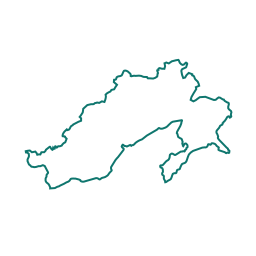 the State of Arunachal Pradesh, rotated 351°
{"feature_id": "IND-3299", "entity_name": "Arunachal Pradesh", "entity_type": "State", "adm_level": 1, "iso_a3": "IND", "parent_name": "India", "parent_adm1": "", "projection": "natural_earth1", "projection_center": [94.95, 28.008], "detail": "fine", "context": "isolated", "style": "outline", "palette": "teal", "viewbox_px": 256, "rotation_deg": 351, "n_neighbors": 0, "source": "natural_earth", "source_scale": "10m", "svg_char_len": 5885}
<svg xmlns="http://www.w3.org/2000/svg" viewBox="0 0 256 256"><g transform="rotate(351 128 128)"><path d="M194.0,85.0L196.6,83.1L199.8,84.9L199.6,85.5L199.6,86.0L199.9,86.3L200.5,86.4L201.1,87.0L201.4,87.8L201.8,89.7L202.2,90.6L204.1,93.1L204.7,95.3L204.9,97.4L201.4,98.3L201.5,100.2L198.2,104.0L195.5,107.4L194.3,110.0L196.8,111.9L199.3,111.1L201.3,110.0L203.7,108.8L209.3,109.3L217.1,113.7L218.3,113.9L219.4,113.7L220.7,112.8L222.3,112.0L223.6,112.4L226.1,114.6L227.1,114.9L227.5,116.0L227.8,116.4L229.8,118.1L231.2,118.9L231.4,120.1L230.3,122.7L230.1,124.2L230.6,125.3L232.4,127.4L232.6,128.6L231.8,130.5L231.7,131.2L231.8,132.7L231.6,133.0L231.0,133.4L230.2,133.7L230.0,133.4L230.0,132.8L229.6,132.3L229.0,132.2L228.3,132.4L227.6,132.8L226.2,134.6L224.4,136.4L223.4,136.9L223.1,137.5L222.9,137.7L222.2,138.0L221.8,139.3L221.7,139.4L219.8,140.0L219.3,140.3L218.1,142.0L215.4,144.3L214.9,145.0L214.7,145.9L214.7,146.8L215.2,147.9L215.6,149.9L215.7,150.5L215.2,151.8L215.4,152.6L216.3,154.2L222.2,162.6L223.4,164.0L223.5,165.2L224.4,166.0L224.6,166.5L224.1,168.2L223.6,168.4L222.5,167.8L221.1,168.2L220.7,168.0L219.8,167.0L214.9,164.5L214.0,163.8L214.0,163.1L214.6,161.5L214.4,161.2L213.3,160.1L212.8,159.6L212.1,158.2L211.6,157.6L211.0,157.1L209.7,156.5L209.0,156.3L208.4,156.2L208.0,156.4L207.4,157.1L207.0,157.4L206.6,157.4L205.7,156.8L204.8,156.6L204.4,157.0L204.1,157.7L203.3,158.7L202.8,159.0L202.0,159.3L201.3,159.3L200.7,159.1L198.3,159.0L188.7,160.8L186.2,162.0L184.0,163.7L182.7,165.8L181.3,168.5L180.6,169.8L179.6,170.9L178.6,171.4L176.5,171.8L175.5,172.2L174.0,174.3L172.7,176.6L172.2,176.8L170.6,177.0L170.0,177.2L169.6,177.8L168.8,179.7L168.2,180.1L166.6,179.9L165.1,180.3L164.2,181.8L163.3,183.6L162.3,185.1L161.6,185.5L158.8,186.5L157.5,187.2L156.8,187.4L156.3,187.4L156.3,186.0L155.6,184.1L155.5,183.3L155.9,181.2L155.8,180.9L155.6,180.5L154.9,179.9L154.6,179.5L154.5,178.9L154.6,178.2L154.7,177.9L155.4,177.2L155.7,176.5L155.9,174.4L155.6,173.2L155.0,172.6L154.3,172.2L153.9,171.9L153.8,170.6L154.1,170.2L154.6,170.0L156.0,170.2L156.8,169.9L160.3,167.0L161.4,166.4L162.7,165.9L163.6,165.1L164.1,164.3L164.5,163.5L164.9,162.0L165.2,161.1L165.9,160.6L166.7,160.2L167.1,160.1L167.6,160.2L168.2,160.5L169.9,161.9L170.7,162.0L176.3,159.6L178.0,159.7L178.9,159.5L180.1,160.0L180.5,159.7L180.9,158.7L182.1,158.2L182.5,157.0L183.7,156.3L183.9,155.9L184.0,154.4L183.9,154.0L183.0,152.6L182.7,152.4L182.1,152.3L181.4,152.5L181.1,152.8L180.0,154.3L179.7,154.6L179.4,154.1L179.6,152.9L179.4,152.5L179.2,152.3L179.2,151.8L179.8,150.3L179.4,147.7L179.2,147.2L178.9,146.9L177.7,146.1L177.3,145.6L176.4,145.0L176.2,144.6L176.1,144.2L175.9,141.7L175.4,140.7L175.8,139.6L176.8,138.2L179.9,134.3L181.3,131.9L181.7,130.6L182.5,129.2L182.5,128.9L182.2,128.7L173.3,128.8L171.7,129.3L168.6,131.4L167.0,132.6L165.2,133.4L162.1,134.0L160.6,133.9L159.7,133.6L158.7,132.9L158.4,132.9L158.0,133.1L156.3,134.2L145.5,138.4L140.1,141.4L137.4,142.0L135.2,142.8L133.2,143.8L131.4,145.2L130.3,145.7L129.3,145.6L128.4,146.1L127.5,145.1L124.0,146.1L123.0,145.5L121.7,145.2L121.4,145.0L120.9,144.1L120.3,143.7L120.1,143.7L119.2,144.7L118.9,145.3L119.1,146.0L119.5,146.6L120.3,147.4L120.5,148.1L120.0,149.1L113.6,155.2L112.3,156.2L110.6,157.7L105.7,163.4L105.2,164.0L105.0,164.7L104.9,165.9L105.3,167.1L105.2,167.4L104.9,167.8L103.9,168.5L102.5,169.6L101.0,171.2L100.2,171.8L97.9,172.8L96.8,173.0L94.8,173.2L94.0,173.4L92.4,174.3L91.7,174.3L90.2,173.0L89.5,172.7L88.6,172.5L75.8,174.1L74.6,173.9L73.7,173.5L73.0,173.0L72.8,172.6L72.7,172.0L71.5,171.2L68.3,169.8L65.7,169.3L64.1,169.2L63.4,169.4L62.1,170.8L61.5,171.2L60.8,171.6L58.6,172.1L56.0,173.1L52.1,174.2L50.7,174.8L48.9,175.0L46.4,175.9L41.7,175.5L41.9,174.8L41.3,172.3L40.7,170.9L38.9,168.9L38.4,167.5L38.4,166.7L38.7,165.1L39.0,164.5L39.9,163.3L40.2,161.7L40.7,161.1L41.9,160.0L42.1,159.3L39.8,152.5L38.1,151.4L35.4,152.0L33.8,151.7L31.0,152.1L29.1,152.0L28.3,151.6L26.6,151.1L26.0,150.4L25.7,149.7L24.7,148.8L24.4,148.2L23.6,145.0L23.9,143.3L25.6,140.8L25.9,139.4L25.9,137.9L24.8,136.6L23.4,136.2L23.4,134.9L25.7,134.8L27.5,134.9L29.3,136.9L32.8,136.8L33.9,138.7L34.2,140.2L35.8,140.1L37.3,140.4L38.7,138.4L41.4,138.8L42.9,137.7L43.6,136.6L47.7,134.3L48.1,134.4L49.0,136.6L49.5,137.4L50.0,137.7L50.5,136.9L51.0,135.7L51.4,136.4L51.7,137.0L52.4,136.9L52.8,135.3L53.3,134.7L53.7,134.8L54.2,135.8L54.5,136.2L54.9,136.1L56.2,135.1L57.8,135.4L59.8,135.0L60.5,134.1L62.1,132.9L63.8,132.3L65.7,129.0L64.5,127.3L64.5,126.7L64.0,126.3L62.8,126.1L62.2,125.9L62.2,125.2L62.8,123.8L63.7,122.6L64.7,121.6L67.3,119.8L67.7,120.6L68.8,120.5L69.3,120.4L69.9,120.0L70.4,119.4L71.8,117.5L72.5,117.1L73.8,116.6L74.4,116.0L80.0,114.1L82.8,113.5L83.2,111.1L82.0,109.5L83.2,108.4L85.7,105.6L86.2,104.1L86.8,102.0L91.4,99.0L95.2,98.7L97.2,99.0L97.9,99.0L99.3,98.2L100.8,98.2L101.4,98.0L103.5,98.7L106.4,97.6L108.8,98.6L110.0,96.5L110.7,94.8L111.1,93.4L111.1,91.5L111.8,91.1L112.4,90.6L114.3,89.8L116.3,89.2L117.6,87.8L120.4,87.6L121.9,85.7L123.9,83.6L121.2,80.4L121.8,78.2L123.1,78.3L123.5,78.2L123.9,77.8L124.5,76.6L124.8,76.1L125.7,75.7L126.6,75.5L128.5,75.5L129.9,75.1L130.4,74.6L132.4,71.5L133.0,70.9L134.1,70.8L135.5,71.3L136.8,72.3L138.6,74.6L139.0,75.4L138.8,77.1L139.3,77.4L142.1,77.3L143.5,77.7L147.0,78.0L149.1,78.6L150.9,79.7L151.6,80.0L154.6,80.6L154.9,80.8L155.0,81.1L155.2,81.9L155.5,82.1L157.5,82.4L160.6,83.1L162.8,82.7L164.9,81.7L165.8,78.9L166.1,78.7L166.2,77.7L165.8,76.1L165.9,75.6L167.2,75.4L167.2,74.6L167.3,74.3L167.7,74.0L168.7,73.8L170.6,74.7L173.2,75.2L174.3,72.8L174.2,69.8L175.3,69.6L176.0,69.3L178.4,70.6L181.7,69.0L186.0,68.6L188.4,68.6L188.8,69.2L189.3,71.5L189.7,72.2L190.7,73.5L191.8,74.2L193.0,74.1L194.3,73.3L195.0,72.7L195.5,72.5L195.9,72.7L196.5,73.5L196.5,74.0L195.7,75.5L195.1,76.8L194.7,77.2L190.9,78.3L190.3,78.7L189.6,80.0L189.7,83.9L190.4,87.3L192.3,87.1L194.0,85.0Z" fill="none" stroke="#0f766e" stroke-width="2"/></g></svg>